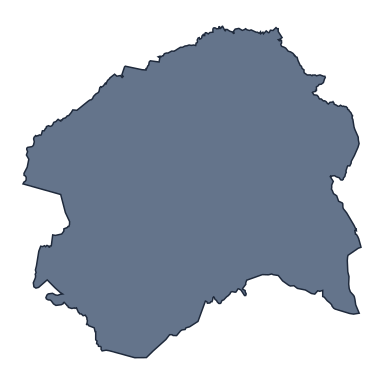 Peribán, Michoacán, Mexico
{"feature_id": "50627088B26915402792387", "entity_name": "Peribán", "entity_type": "district", "adm_level": 2, "iso_a3": "MEX", "parent_name": "Mexico", "parent_adm1": "Michoacán", "projection": "equal_earth", "projection_center": [-102.46, 19.494], "detail": "fine", "context": "isolated", "style": "filled", "palette": "slate", "viewbox_px": 384, "rotation_deg": 0, "n_neighbors": 0, "source": "geoboundaries", "source_scale": "gbopen_adm2", "svg_char_len": 5804}
<svg xmlns="http://www.w3.org/2000/svg" viewBox="0 0 384 384"><path d="M67.0,305.6L68.0,306.2L68.4,307.4L71.8,308.5L74.5,307.9L75.0,308.4L76.4,307.8L78.5,312.5L79.2,312.8L79.6,313.8L81.4,314.0L83.1,315.7L85.3,315.2L86.9,317.7L86.9,319.2L87.4,320.6L87.0,323.4L86.5,324.2L86.8,324.6L87.8,324.4L88.9,325.8L94.2,327.8L95.1,331.7L95.7,331.7L95.7,339.8L97.0,341.0L96.6,343.7L98.0,344.4L98.5,346.3L100.7,346.5L101.2,347.5L101.0,349.2L102.1,350.9L106.1,350.2L109.2,350.7L134.7,357.7L146.4,357.6L153.1,351.0L165.9,339.5L169.6,334.7L172.1,334.7L173.1,335.5L176.6,335.6L180.6,330.8L182.2,329.9L185.1,329.5L186.0,327.8L189.6,326.8L198.0,321.4L205.4,301.1L206.8,301.7L207.4,303.2L209.9,303.0L210.9,301.7L212.0,301.7L212.7,299.7L212.9,297.8L213.6,296.9L214.1,297.2L215.1,299.5L216.6,300.5L217.1,301.7L218.7,303.4L220.0,303.5L220.8,303.1L222.0,300.5L223.7,299.9L226.6,296.8L228.2,295.7L230.1,293.7L230.6,292.3L232.0,291.6L235.1,292.2L236.0,292.0L238.0,288.9L238.7,288.8L241.0,290.1L244.5,295.5L245.7,295.5L246.2,293.9L245.2,291.8L245.1,290.5L242.8,289.3L242.6,288.6L245.8,284.3L245.7,283.0L246.7,280.2L262.4,274.6L268.5,274.8L271.7,274.0L273.2,274.7L278.3,275.5L282.6,280.9L288.6,285.2L290.3,286.0L293.9,285.7L297.4,288.4L305.4,290.0L311.4,293.5L314.8,294.1L317.7,290.8L319.8,291.3L322.7,290.4L322.7,296.5L324.3,297.2L327.2,300.7L330.1,303.1L331.6,304.7L332.1,306.2L333.7,308.2L335.2,309.1L349.7,313.5L353.6,314.1L359.2,313.2L355.7,304.8L354.9,299.3L354.3,296.7L353.7,295.5L350.4,291.9L349.2,288.6L348.7,284.1L349.0,276.6L347.8,271.8L347.3,260.5L347.6,257.0L348.0,255.3L358.3,248.2L361.0,247.3L360.6,245.6L358.7,238.8L357.7,236.5L356.4,234.4L355.5,234.2L354.8,230.4L355.4,230.2L356.4,230.7L356.2,228.7L355.5,228.5L354.0,225.3L346.6,212.8L343.4,208.8L342.9,207.3L342.8,203.8L342.2,202.9L338.6,201.2L336.7,195.8L333.5,193.6L332.3,190.5L331.4,189.1L331.7,188.0L331.7,185.0L333.3,181.4L330.2,176.6L330.7,175.9L331.6,176.5L332.2,175.9L334.6,175.7L336.3,176.8L339.3,177.8L340.6,179.8L342.2,180.1L343.2,179.4L343.5,178.0L344.9,176.4L345.4,174.0L346.3,172.2L345.9,171.1L347.3,166.7L347.8,165.8L349.8,165.9L351.1,163.3L351.3,161.3L354.4,155.5L358.0,147.3L359.1,143.6L358.4,140.3L358.2,137.1L354.7,129.1L354.0,126.8L352.8,119.2L352.3,118.7L352.1,116.6L352.5,116.2L352.5,115.6L352.2,115.6L351.0,112.8L349.2,110.8L348.9,110.0L347.7,109.4L347.4,108.0L346.0,106.6L344.4,106.6L343.8,106.1L342.5,106.4L340.5,105.2L339.2,106.2L337.8,106.2L336.5,105.2L334.2,104.2L333.9,103.0L333.0,101.7L332.7,102.1L330.0,102.3L328.4,104.0L327.5,103.5L326.2,101.7L324.7,100.8L323.3,100.9L321.3,99.0L319.4,98.9L318.2,96.5L316.9,95.2L313.9,94.8L312.4,92.5L313.0,92.0L315.7,91.4L315.6,90.3L316.5,90.2L316.4,86.9L318.3,85.7L319.0,84.5L321.3,84.2L323.4,82.6L324.5,79.0L325.3,77.6L324.9,76.3L323.7,76.3L320.0,74.9L316.4,75.8L315.3,75.0L312.5,75.1L312.0,75.7L310.4,74.9L307.3,75.0L304.2,72.8L303.9,70.9L304.1,70.0L302.1,68.4L301.4,66.2L300.2,65.4L297.9,60.3L297.1,57.3L295.8,56.8L295.1,55.8L294.6,55.9L294.2,55.3L294.4,55.0L292.9,53.3L290.6,51.9L288.2,51.2L285.7,48.1L283.9,47.1L281.8,46.4L281.3,45.8L280.8,44.3L281.6,43.0L281.5,40.6L280.9,40.6L280.7,39.6L280.2,39.6L279.7,40.7L279.3,40.8L278.3,39.7L279.3,39.5L282.1,37.6L278.2,31.5L278.2,28.7L277.1,28.7L276.0,27.6L273.0,30.5L270.4,30.2L269.2,32.5L268.4,32.7L266.2,30.9L263.5,33.8L262.9,32.2L260.8,33.7L260.5,31.8L259.2,33.3L257.5,32.2L256.1,32.2L251.1,29.9L249.4,30.5L247.0,29.8L245.6,28.7L244.4,29.6L242.3,30.4L238.9,28.4L235.2,29.1L233.5,31.3L234.1,33.1L233.5,33.4L232.2,31.9L229.8,31.2L227.2,29.5L225.6,29.5L225.4,30.7L224.9,30.6L222.6,26.3L222.0,26.5L221.6,27.4L220.4,28.5L219.9,28.4L219.9,27.1L219.4,26.7L218.9,26.8L218.6,28.6L216.6,28.8L215.5,28.0L214.1,27.8L213.4,28.1L212.9,29.1L212.9,32.2L209.9,32.5L208.2,33.9L206.5,32.8L205.4,32.7L204.7,34.1L204.7,35.6L203.6,35.6L203.2,34.6L202.0,36.0L201.7,37.8L201.1,38.6L199.8,39.1L199.3,37.6L198.2,38.0L197.2,40.0L197.5,41.8L197.2,42.6L196.1,43.1L195.7,45.5L193.7,45.0L191.3,45.4L189.1,45.0L186.8,45.8L185.0,46.0L182.5,47.3L180.4,47.3L174.1,51.2L171.6,51.1L168.1,53.0L166.5,53.0L164.8,53.5L164.1,54.0L163.3,55.7L162.4,55.8L161.3,56.7L160.5,56.8L160.3,56.2L159.9,56.2L158.2,56.8L159.8,57.9L159.1,62.0L150.3,60.8L149.2,62.0L148.7,65.0L147.8,65.9L146.6,68.6L146.0,68.6L146.0,70.0L142.0,69.7L125.3,66.2L124.5,67.0L121.9,74.7L123.2,76.5L122.1,77.5L120.5,75.5L116.9,76.2L114.6,74.2L109.8,78.0L109.6,78.6L107.6,80.4L106.4,82.8L106.3,83.8L105.9,84.0L105.3,83.2L103.2,86.1L101.7,86.8L101.5,87.2L100.7,86.7L99.8,87.6L99.0,91.5L98.1,92.7L95.8,94.0L93.5,96.4L92.6,98.5L91.4,99.7L89.7,100.1L88.0,101.3L76.9,110.3L72.8,109.9L71.3,112.4L68.7,115.6L67.2,115.9L65.6,117.8L63.0,118.6L62.3,119.9L61.2,119.9L60.8,121.1L59.3,120.3L58.5,119.4L57.9,119.4L56.0,121.5L53.7,122.4L52.8,124.5L51.7,125.9L50.2,126.4L48.5,125.7L46.6,126.5L46.3,126.9L46.4,127.8L45.5,128.4L44.2,130.8L42.4,130.8L41.4,134.4L40.8,135.2L39.2,134.9L38.6,135.6L37.2,135.7L36.7,136.2L35.5,135.6L35.0,136.5L34.1,137.2L33.6,138.9L34.3,141.8L33.5,145.0L32.9,145.9L32.0,146.6L27.6,147.4L26.8,148.2L26.7,149.3L27.6,151.7L26.4,155.0L28.8,159.2L27.2,167.2L24.0,173.3L24.1,175.4L25.3,175.9L26.2,177.4L26.1,180.0L25.2,181.3L23.9,182.1L23.0,183.9L60.7,194.5L65.4,212.6L69.6,221.6L69.5,224.6L68.8,226.5L68.0,226.5L67.1,227.6L63.9,228.8L63.8,231.2L61.7,234.0L55.4,235.4L52.7,234.9L51.3,245.8L50.0,245.9L49.6,247.1L49.1,247.1L47.9,245.7L46.9,245.4L45.6,246.7L44.5,245.7L42.6,246.6L40.7,246.2L38.8,251.2L36.4,266.1L35.4,270.0L36.1,272.6L35.2,274.2L35.6,275.8L35.4,277.8L33.3,282.8L33.9,286.8L35.9,288.1L38.6,287.4L47.2,279.9L55.2,288.0L60.1,292.4L62.6,294.0L60.1,294.4L57.8,295.3L55.6,295.0L52.5,293.3L48.2,293.9L46.9,295.1L45.9,297.6L46.4,298.9L48.2,299.9L50.1,300.0L51.3,300.9L53.5,303.9L55.9,305.4L61.3,304.7L63.2,303.7L63.4,302.8L64.1,302.3L66.6,304.9L67.0,305.6Z" fill="#64748b" stroke="#1e293b" stroke-width="1.5"/></svg>